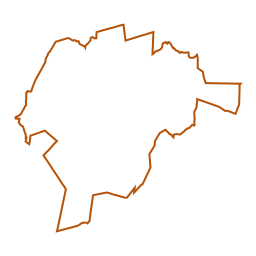 the district of Santo Domingo Zanatepec, Oaxaca, Mexico
{"feature_id": "50627088B83008537786296", "entity_name": "Santo Domingo Zanatepec", "entity_type": "district", "adm_level": 2, "iso_a3": "MEX", "parent_name": "Mexico", "parent_adm1": "Oaxaca", "projection": "orthographic", "projection_center": [-94.338, 16.44], "detail": "fine", "context": "isolated", "style": "outline", "palette": "amber", "viewbox_px": 256, "rotation_deg": 0, "n_neighbors": 0, "source": "geoboundaries", "source_scale": "gbopen_adm2", "svg_char_len": 5345}
<svg xmlns="http://www.w3.org/2000/svg" viewBox="0 0 256 256"><path d="M239.1,104.5L239.4,94.8L239.6,88.0L239.5,84.8L240.6,83.7L205.7,83.1L205.5,82.5L204.8,80.4L203.8,77.2L202.9,72.0L202.8,71.8L202.8,71.7L202.4,71.5L197.7,68.1L197.8,59.0L197.3,55.9L197.0,54.8L195.2,56.6L195.0,56.8L194.3,57.1L193.8,57.6L193.1,57.8L192.5,57.8L192.3,57.7L191.0,57.8L190.0,57.7L189.7,57.5L189.4,57.0L188.9,56.5L188.7,54.6L188.6,53.4L188.5,53.0L188.4,52.4L188.2,52.3L187.5,52.3L185.8,52.7L184.7,52.7L183.4,52.6L182.2,52.3L181.4,51.9L181.0,52.0L180.8,52.2L180.7,52.4L180.5,52.7L180.3,52.8L179.8,52.8L179.4,52.5L178.9,52.1L178.4,51.8L178.3,51.4L177.9,50.9L177.2,50.8L175.8,50.4L175.5,50.1L175.4,49.7L175.0,49.1L174.6,48.8L174.1,48.3L173.6,48.1L173.0,48.1L172.9,47.3L172.2,46.8L170.9,44.1L170.3,43.4L169.4,42.4L168.4,42.1L168.2,42.2L167.9,42.4L167.8,42.6L167.8,43.0L167.6,43.4L167.2,43.7L166.6,43.2L166.4,42.7L166.2,42.4L165.9,42.2L165.6,42.1L165.4,42.3L165.0,42.7L164.4,42.8L164.0,42.7L163.7,42.8L163.3,43.0L162.8,43.5L162.7,44.1L162.5,44.5L162.3,45.1L162.4,45.9L162.2,46.8L162.1,47.3L161.8,47.7L161.2,48.6L160.5,49.2L159.8,49.7L158.7,50.3L157.7,50.8L157.1,50.8L156.3,50.9L155.8,51.2L155.4,51.4L155.1,51.9L154.8,52.2L154.5,52.7L154.2,53.0L153.8,53.3L153.3,53.7L152.9,53.8L152.8,54.0L152.5,54.2L153.4,32.0L137.3,36.9L125.5,40.6L123.5,24.7L122.1,24.9L112.5,27.8L110.7,28.1L96.6,32.1L96.3,38.3L96.1,38.4L95.7,38.4L95.4,38.4L94.9,38.3L94.7,38.3L94.4,38.3L94.2,38.3L93.9,38.2L93.7,37.9L93.5,37.7L93.2,37.5L93.1,37.3L93.0,37.2L92.8,37.1L92.6,37.1L92.2,37.3L91.7,37.4L91.3,37.4L91.2,37.7L90.4,38.7L90.5,39.3L90.5,40.1L90.2,40.7L90.1,41.0L89.3,41.8L89.0,42.2L88.7,42.6L88.3,43.0L88.0,43.3L87.7,43.6L87.4,43.9L86.8,44.5L86.2,45.0L85.7,45.4L85.3,45.9L85.3,46.1L85.2,46.5L85.3,46.7L85.2,47.4L84.8,46.6L84.6,46.4L84.4,46.2L84.1,46.1L83.8,46.1L83.5,45.9L83.1,45.8L82.8,45.6L82.4,45.3L82.1,45.2L81.8,45.1L81.1,44.8L80.8,44.6L80.4,44.4L80.1,44.2L79.8,43.9L79.4,43.6L79.3,43.3L79.1,42.7L79.0,42.3L78.7,41.6L78.5,41.2L78.4,41.1L78.1,41.2L78.0,41.3L77.6,41.4L76.7,41.3L76.3,41.1L76.0,41.0L75.8,40.8L75.6,40.4L75.1,40.2L74.7,40.2L74.4,40.3L74.1,40.3L73.7,40.4L73.4,40.4L73.1,40.4L72.8,40.5L72.1,40.2L71.2,39.6L70.7,39.3L70.0,38.8L69.5,38.6L69.0,38.3L67.8,38.1L55.6,41.8L54.1,44.6L50.0,51.3L47.9,53.8L47.7,55.1L45.8,58.6L45.3,62.1L42.7,67.0L37.4,76.5L35.4,80.1L33.7,84.3L32.3,88.1L32.1,88.6L31.2,91.4L30.3,91.6L29.5,91.5L29.1,91.5L28.4,91.2L27.8,91.0L27.3,91.8L26.4,92.2L26.3,93.7L26.5,94.4L26.3,95.4L26.2,96.7L26.2,97.4L26.3,98.4L26.3,98.8L26.2,99.6L26.1,100.2L25.9,101.3L25.9,102.0L26.0,102.6L26.1,103.9L26.2,104.0L26.2,104.5L26.1,104.9L26.0,105.2L25.8,105.4L25.7,105.6L25.4,105.8L25.2,106.1L25.1,106.4L25.0,106.5L24.8,106.9L24.1,108.2L24.1,108.3L23.9,108.8L23.0,110.3L21.9,112.1L21.7,112.7L20.7,114.2L20.0,114.7L20.0,114.8L19.6,114.9L19.3,115.2L18.2,116.1L17.2,116.7L16.4,116.6L15.4,117.6L15.4,117.8L15.7,118.6L19.6,118.9L18.8,122.4L19.2,122.4L19.9,124.4L20.4,124.7L20.9,125.2L21.4,125.6L23.0,126.6L23.1,127.0L24.0,129.7L24.2,130.6L24.5,131.4L25.8,135.2L25.9,136.2L25.9,136.5L25.8,137.3L25.7,137.7L26.5,137.8L26.2,139.1L26.0,139.7L25.6,141.5L27.1,142.6L29.2,144.2L29.4,143.4L29.6,142.3L29.6,142.1L29.9,140.1L30.1,138.9L30.2,138.1L30.4,135.7L32.2,135.1L32.4,135.0L34.2,134.4L34.4,134.3L36.5,133.6L39.3,132.6L39.9,132.4L40.9,132.0L43.0,131.3L43.6,131.1L44.8,130.6L46.3,131.9L47.0,132.5L51.8,136.6L52.0,136.8L57.0,141.0L53.7,144.3L52.4,146.0L51.1,147.3L50.2,148.5L46.3,152.4L43.5,155.4L44.1,156.3L44.6,157.0L45.3,158.0L45.8,158.8L49.5,164.3L51.5,167.3L51.9,168.0L52.2,168.6L53.3,170.2L53.6,170.6L55.0,172.7L55.6,173.6L56.9,175.5L58.0,177.3L59.7,179.8L60.4,181.0L63.4,185.5L63.5,185.5L65.9,189.2L64.3,196.8L58.4,224.8L57.8,227.6L56.9,231.3L77.6,225.8L82.2,222.9L85.2,222.6L87.6,222.9L87.7,223.1L89.5,221.1L91.2,207.8L91.3,207.5L91.4,206.5L91.5,206.3L91.5,206.1L91.6,205.4L91.6,205.2L91.8,203.8L91.9,203.3L92.0,202.9L92.0,202.6L92.3,200.4L92.3,200.2L92.4,199.5L92.5,199.2L92.5,198.9L92.7,197.8L92.9,196.2L93.1,195.2L93.3,195.1L103.2,193.2L107.0,192.5L109.5,193.2L110.0,193.4L111.2,193.8L114.4,194.8L115.1,195.0L115.7,195.1L118.0,195.7L119.5,196.1L121.0,196.6L124.9,197.7L126.9,197.7L134.7,187.8L134.1,192.6L141.4,184.7L142.4,184.5L150.5,167.5L149.4,154.0L154.5,145.8L154.8,142.8L155.2,140.6L157.1,137.4L157.3,137.1L158.1,135.7L158.9,134.6L159.0,134.3L159.7,133.1L165.5,129.7L169.2,133.5L169.4,134.0L169.8,134.1L170.3,134.2L170.7,134.5L171.2,134.9L171.5,135.2L171.8,135.5L172.1,135.9L173.4,137.4L173.5,136.5L173.5,136.2L173.6,135.7L173.6,135.0L173.9,134.8L174.3,134.5L174.8,134.3L175.5,134.2L176.4,134.2L177.3,134.1L177.7,134.1L178.5,134.3L179.3,134.5L180.1,134.5L181.0,133.9L181.7,133.3L182.0,132.9L182.4,132.6L182.8,132.2L183.5,131.8L184.2,131.3L184.7,130.7L185.3,130.0L185.7,129.7L186.5,129.1L187.2,128.6L187.9,128.4L188.7,128.1L189.7,127.7L190.4,126.8L190.9,126.3L191.3,125.9L191.8,125.3L192.4,124.7L193.0,125.1L193.7,125.5L194.2,125.6L194.5,125.3L194.6,124.8L194.6,124.0L194.3,122.8L194.2,122.0L194.3,121.3L194.3,120.8L194.6,120.0L194.6,118.9L194.6,117.6L194.5,116.7L194.3,115.5L194.3,113.6L194.3,111.7L194.7,110.8L195.3,109.8L195.8,109.0L196.1,108.3L196.4,107.6L196.5,107.1L196.7,105.2L196.6,104.4L197.1,102.9L197.0,102.0L197.1,101.3L197.1,100.6L197.1,100.3L197.2,99.1L219.0,106.8L225.3,111.0L227.2,110.7L235.5,113.8L239.1,104.5Z" fill="none" stroke="#b45309" stroke-width="2"/></svg>